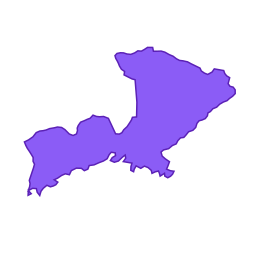 Novo Horizonte, Santa Catarina, Brazil (Natural Earth projection), rotated 100°
{"feature_id": "56859067B82387825631279", "entity_name": "Novo Horizonte", "entity_type": "district", "adm_level": 2, "iso_a3": "BRA", "parent_name": "Brazil", "parent_adm1": "Santa Catarina", "projection": "natural_earth1", "projection_center": [-52.783, -26.5], "detail": "fine", "context": "isolated", "style": "filled", "palette": "violet", "viewbox_px": 256, "rotation_deg": 100, "n_neighbors": 0, "source": "geoboundaries", "source_scale": "gbopen_adm2", "svg_char_len": 2378}
<svg xmlns="http://www.w3.org/2000/svg" viewBox="0 0 256 256"><g transform="rotate(100 128 128)"><path d="M206.9,215.3L204.0,211.5L203.6,207.7L207.0,206.3L209.8,203.2L205.4,202.7L202.0,200.9L198.5,197.9L199.4,194.2L198.1,191.5L196.4,189.2L193.5,187.7L191.8,191.7L189.6,188.6L186.2,185.1L184.0,181.8L184.2,177.6L179.8,176.4L176.5,171.9L175.8,166.9L177.6,163.6L175.5,160.4L171.7,159.7L170.2,155.0L167.1,150.4L164.8,146.5L161.9,143.2L157.5,141.9L154.8,140.3L154.7,136.3L157.4,135.5L159.9,138.4L163.1,139.7L164.1,135.5L162.2,131.7L157.9,128.6L155.1,126.1L158.1,125.0L161.9,126.8L161.9,121.7L161.9,118.0L165.4,118.4L169.2,117.9L170.1,114.9L167.5,114.7L163.9,113.4L165.5,108.4L162.7,105.2L163.5,101.3L165.7,97.7L168.5,96.5L166.4,93.5L165.1,90.5L167.4,89.1L169.8,88.0L166.3,84.2L169.0,83.4L170.1,80.2L168.1,77.7L165.8,76.1L162.6,75.2L162.7,78.9L161.8,82.9L158.5,82.1L154.0,81.3L151.9,85.9L149.7,89.5L146.0,91.3L143.4,89.2L141.3,84.4L137.5,81.2L135.3,77.8L131.8,76.7L128.6,74.6L127.6,71.4L125.1,69.8L121.2,67.7L119.0,63.7L115.7,61.4L111.5,60.9L108.5,59.2L107.3,56.5L105.3,53.5L102.2,51.9L99.3,51.9L97.5,49.7L94.3,47.8L92.1,44.3L88.7,41.9L85.8,38.5L83.9,35.2L81.3,33.2L78.6,30.5L75.5,28.4L71.8,29.1L69.5,31.5L69.2,34.8L67.0,37.1L60.8,36.6L59.5,39.9L57.5,42.2L54.8,43.7L54.8,53.3L58.3,54.9L61.4,58.8L60.7,62.2L59.1,65.7L56.5,67.5L53.8,77.0L52.5,80.9L52.3,85.5L52.5,88.9L51.4,92.4L49.5,96.0L48.5,100.3L46.9,104.9L46.5,108.7L47.3,112.5L48.0,116.3L44.4,117.7L45.2,122.7L48.0,125.7L50.0,128.2L50.3,131.7L52.9,134.5L55.0,138.0L55.3,141.9L54.8,145.3L55.2,148.5L56.5,151.8L59.0,153.4L61.5,152.2L63.9,150.2L66.1,148.6L68.4,147.2L71.3,144.7L72.9,141.2L76.4,141.1L77.8,136.5L79.0,132.5L79.2,129.4L101.1,123.7L115.6,121.5L116.7,125.5L119.5,126.0L122.2,127.1L126.8,129.1L130.5,131.9L133.7,133.2L135.5,135.5L135.9,139.2L121.9,149.0L120.9,154.0L121.9,158.1L122.1,161.1L121.4,164.7L125.0,167.0L126.5,169.6L128.4,172.3L130.5,175.7L134.1,177.4L136.9,178.0L139.3,177.3L142.8,177.7L144.9,180.8L144.1,184.8L140.5,189.9L139.0,193.5L139.3,197.7L140.6,200.6L142.2,205.1L144.2,208.3L145.4,211.2L146.3,214.3L148.5,217.6L153.2,220.1L157.0,223.9L159.7,227.6L162.9,225.6L165.4,223.7L168.3,220.9L170.5,218.9L173.5,216.3L177.3,215.7L179.9,213.8L184.0,214.2L196.7,216.1L199.7,214.8L202.8,214.7L206.9,215.3ZM206.9,215.3L211.6,214.7L209.5,211.9L206.9,215.3Z" fill="#8b5cf6" stroke="#5b21b6" stroke-width="1.5"/></g></svg>